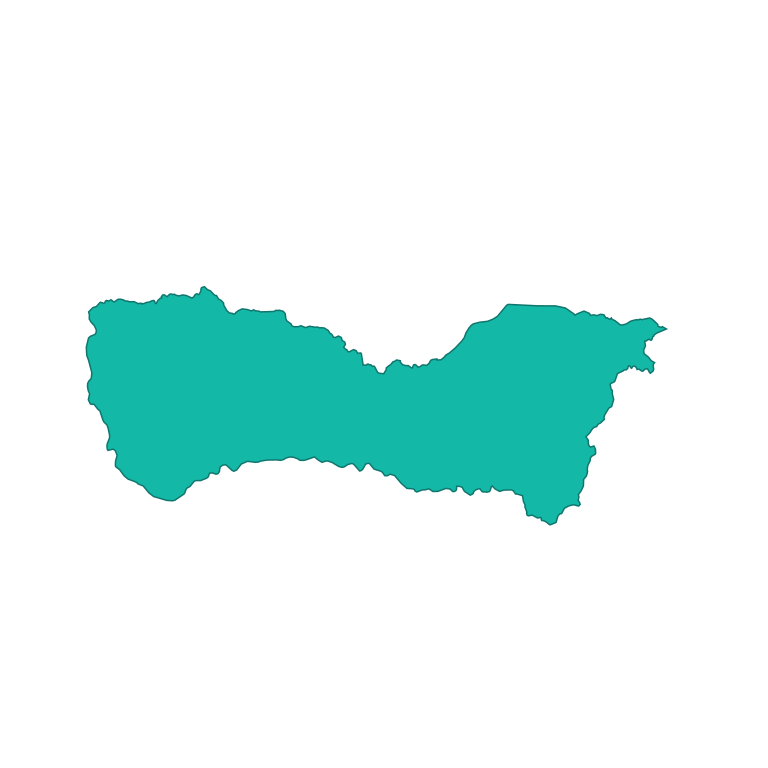 outline of Naupan, Puebla, Mexico, rotated 243°
{"feature_id": "50627088B34357013751850", "entity_name": "Naupan", "entity_type": "district", "adm_level": 2, "iso_a3": "MEX", "parent_name": "Mexico", "parent_adm1": "Puebla", "projection": "orthographic", "projection_center": [-98.102, 20.238], "detail": "fine", "context": "isolated", "style": "filled", "palette": "teal", "viewbox_px": 768, "rotation_deg": 243, "n_neighbors": 0, "source": "geoboundaries", "source_scale": "gbopen_adm2", "svg_char_len": 6171}
<svg xmlns="http://www.w3.org/2000/svg" viewBox="0 0 768 768"><g transform="rotate(243 384 384)"><path d="M280.2,634.8L283.3,632.7L288.0,631.8L292.9,629.5L296.3,630.7L299.3,634.3L303.7,635.7L303.3,637.4L303.7,640.4L301.8,641.6L301.7,642.2L302.6,643.6L304.2,645.0L304.2,646.1L305.2,647.2L305.5,650.5L304.8,660.6L308.8,658.0L308.4,656.8L311.1,654.2L312.8,655.0L319.9,652.4L322.2,650.7L324.3,642.9L325.5,641.7L325.7,639.5L326.5,638.6L327.3,635.9L328.0,632.1L327.5,627.2L328.3,623.5L329.2,621.5L335.5,618.6L338.2,616.5L339.6,616.6L339.2,614.3L341.7,613.0L342.1,611.7L345.9,611.3L347.9,608.4L348.2,604.8L350.3,602.5L351.4,599.1L353.6,599.1L358.2,595.3L358.8,588.1L358.6,585.5L360.3,585.0L369.4,580.1L375.7,572.3L383.9,556.4L398.5,530.9L398.5,529.1L392.8,515.8L392.3,510.9L392.8,504.9L395.5,497.6L397.0,491.1L396.7,488.4L395.3,485.1L392.3,480.2L388.9,476.6L386.9,472.7L383.7,463.7L381.9,456.1L381.7,452.2L380.5,449.7L379.7,445.6L381.4,442.0L382.3,442.5L383.8,438.3L383.9,436.3L382.0,433.7L381.2,430.5L383.2,427.7L383.6,426.0L383.1,424.8L383.2,423.5L383.6,422.0L386.9,420.9L387.4,420.0L387.6,419.0L385.5,416.6L386.1,415.7L389.5,413.9L390.4,411.8L392.8,409.3L396.0,408.5L397.3,409.1L399.7,406.1L399.4,403.8L399.7,401.9L398.2,398.8L398.0,396.1L397.2,393.2L395.7,392.4L393.3,388.4L395.4,385.1L397.0,383.6L403.6,383.5L404.4,383.3L405.0,381.7L407.1,381.0L407.4,380.1L408.8,379.1L409.3,378.0L408.8,377.0L410.3,374.0L421.1,377.5L422.2,377.4L423.3,374.6L426.4,374.3L428.4,372.6L428.5,367.4L429.2,366.6L431.6,366.4L432.3,365.5L435.0,364.8L436.8,367.6L437.9,367.9L439.4,368.0L441.7,366.5L444.8,367.1L447.4,365.2L447.5,361.7L448.7,360.2L451.9,360.1L454.0,358.8L456.8,358.7L460.8,356.4L462.7,353.7L463.1,352.3L464.9,350.7L465.9,348.4L469.3,343.8L469.9,339.6L473.6,336.5L474.1,333.0L475.2,331.6L475.3,330.5L477.0,328.8L477.8,328.3L479.6,328.5L484.5,326.0L486.8,326.2L491.5,327.9L492.2,327.8L494.5,327.2L497.3,324.2L497.4,323.1L498.1,322.4L498.8,320.7L498.5,319.1L504.3,306.7L505.5,305.9L507.6,302.6L509.2,301.7L509.4,298.9L512.2,296.3L515.3,291.8L515.5,287.6L514.9,284.3L514.3,283.6L514.5,282.3L514.7,281.5L516.1,280.7L517.1,278.8L520.5,277.3L527.0,277.0L529.0,277.8L532.3,276.9L534.7,275.2L538.8,274.9L539.9,273.4L545.8,271.6L548.3,269.5L552.2,268.2L552.7,265.2L551.6,263.9L550.1,263.2L547.9,260.1L547.9,259.3L549.3,258.2L549.5,257.5L549.3,256.1L547.9,253.8L547.9,251.8L552.5,248.1L554.7,245.2L555.6,241.1L558.1,238.4L559.0,238.2L559.8,236.1L560.9,235.2L561.3,233.9L560.3,230.4L563.3,228.6L563.8,227.1L562.8,225.2L561.5,224.9L562.0,223.7L561.1,220.5L559.2,217.7L559.5,217.0L560.3,216.8L561.6,217.2L562.9,216.9L563.5,215.1L563.6,211.9L564.6,209.0L564.6,206.4L565.3,205.5L565.4,204.2L566.4,204.1L567.2,201.5L570.9,198.6L572.8,194.6L574.4,193.1L575.0,191.6L577.3,189.9L579.3,187.6L580.2,185.5L579.6,181.2L580.0,180.4L583.0,179.0L582.8,176.5L584.4,174.7L584.3,173.4L583.1,172.1L583.1,170.9L585.5,168.7L585.5,167.8L583.6,162.9L584.2,159.3L582.3,153.5L579.4,152.9L575.8,150.9L572.1,151.1L567.4,152.4L562.7,152.2L560.4,150.7L559.4,148.9L559.8,143.9L559.1,141.6L552.0,135.5L544.6,132.2L539.0,131.5L526.7,128.8L521.9,125.7L520.5,122.1L518.9,120.1L516.0,118.5L512.1,117.4L509.0,117.3L504.2,113.4L499.6,113.3L498.4,114.5L498.1,115.7L497.3,116.5L490.9,117.7L489.2,118.7L479.6,117.2L477.3,117.2L473.2,118.6L468.9,117.9L462.8,116.2L460.6,115.0L456.2,110.1L454.6,109.0L451.5,107.8L450.1,108.0L449.0,112.9L447.7,113.9L446.2,114.3L441.5,113.8L437.3,109.9L433.7,107.8L432.1,107.4L427.5,109.6L420.6,110.7L418.4,111.5L415.3,112.9L410.6,117.3L408.4,119.0L406.8,119.4L402.4,123.2L393.7,125.1L388.3,127.7L379.0,137.5L375.9,142.6L375.4,144.9L376.7,155.6L377.4,157.1L379.8,159.5L380.7,161.2L380.8,164.7L383.4,170.5L383.4,172.4L381.2,176.7L380.6,183.1L381.1,185.3L383.7,188.0L382.8,190.6L379.9,193.4L379.5,195.4L380.7,197.6L383.8,199.7L384.6,201.0L384.9,203.3L384.1,205.9L382.8,206.9L375.9,209.4L374.4,210.7L374.3,213.7L377.5,220.5L377.1,227.2L372.6,233.9L371.5,236.6L371.3,239.2L369.3,245.3L365.0,254.1L363.0,257.1L362.2,260.7L362.6,262.6L361.8,266.8L359.9,270.0L356.4,273.3L354.3,274.3L352.6,277.3L351.8,279.9L350.6,288.9L345.9,291.0L342.4,293.2L341.6,297.6L340.9,298.9L337.7,302.1L331.1,306.2L328.9,308.6L328.2,310.7L328.7,315.3L327.9,318.9L327.3,319.8L326.2,320.6L317.5,322.8L317.2,324.6L317.8,326.6L321.0,331.3L320.5,333.9L319.8,334.9L312.7,336.5L307.5,341.8L305.6,342.6L302.0,343.0L300.8,345.2L300.8,348.6L297.6,351.9L287.8,354.2L280.6,357.0L277.3,362.4L276.1,363.1L274.6,363.1L272.9,364.2L272.2,370.0L270.9,373.0L270.3,376.3L266.0,378.8L263.9,383.2L262.8,391.9L260.2,395.4L258.3,395.8L256.8,396.6L256.3,398.0L256.3,399.6L257.1,400.7L259.9,402.3L258.2,405.2L256.4,406.8L253.0,406.8L251.3,407.2L245.8,410.4L245.8,413.5L247.5,415.4L248.0,417.4L247.8,420.1L247.1,421.9L243.7,422.5L242.6,423.6L242.1,425.0L241.0,426.3L240.3,429.0L241.0,430.4L243.4,432.6L244.0,434.1L239.9,435.4L235.8,438.3L235.1,442.5L231.8,449.5L230.0,450.8L226.3,451.2L225.3,452.9L221.6,456.7L216.0,454.9L211.7,454.7L210.8,453.8L204.8,453.1L204.0,452.3L202.1,452.0L201.0,452.8L199.9,456.5L194.9,460.0L193.9,463.1L193.3,463.3L191.6,462.5L190.6,462.7L189.4,464.5L186.8,466.3L184.1,467.3L183.2,467.9L183.0,468.8L182.5,474.4L187.6,479.2L188.4,481.8L187.9,483.4L191.3,488.2L191.5,492.8L191.0,495.7L190.2,498.3L186.9,502.0L187.6,504.1L189.8,504.5L192.1,504.1L194.9,506.4L197.3,507.0L199.0,510.7L202.5,515.3L208.4,518.6L210.0,522.3L211.5,523.9L213.5,525.6L215.6,526.3L218.8,528.5L222.0,532.8L224.5,534.4L225.3,536.4L225.6,540.3L226.3,541.2L229.9,542.8L233.5,542.9L234.0,539.6L235.0,538.8L237.1,538.7L241.4,540.5L245.3,539.9L247.0,545.0L249.7,549.8L249.9,552.1L249.5,554.1L251.0,556.6L251.0,559.3L252.5,564.4L254.1,564.6L256.1,566.4L260.4,573.3L260.6,576.6L265.9,581.6L271.7,583.0L274.8,584.5L276.4,584.0L281.1,585.4L281.5,586.7L281.3,589.8L281.9,591.2L287.3,596.8L287.1,603.0L287.5,604.5L286.6,606.6L287.4,608.4L288.7,609.3L289.0,610.4L288.4,611.3L286.6,611.2L285.6,611.8L286.6,613.4L286.5,614.9L286.0,615.6L284.3,616.2L282.0,616.1L281.6,617.8L278.4,619.6L277.9,620.6L278.7,623.1L278.3,625.3L277.0,625.8L273.5,625.8L272.7,626.3L273.3,629.4L274.5,630.9L278.0,632.1L279.5,633.2L280.2,634.8Z" fill="#14b8a6" stroke="#0f766e" stroke-width="1.5"/></g></svg>